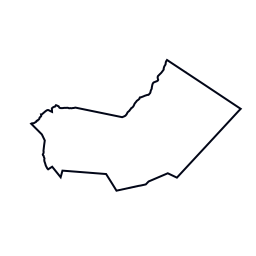 Canto do Buriti, Piauí, Brazil, rotated 214°
{"feature_id": "56859067B86089589706216", "entity_name": "Canto do Buriti", "entity_type": "district", "adm_level": 2, "iso_a3": "BRA", "parent_name": "Brazil", "parent_adm1": "Piauí", "projection": "mercator", "projection_center": [-43.146, -8.333], "detail": "fine", "context": "isolated", "style": "outline", "palette": "ink", "viewbox_px": 256, "rotation_deg": 214, "n_neighbors": 0, "source": "geoboundaries", "source_scale": "gbopen_adm2", "svg_char_len": 2143}
<svg xmlns="http://www.w3.org/2000/svg" viewBox="0 0 256 256"><g transform="rotate(214 128 128)"><path d="M49.4,180.6L45.8,204.0L45.3,206.9L91.8,206.6L133.7,206.2L133.7,205.1L133.6,204.4L133.4,203.6L132.7,202.2L132.4,201.6L132.4,200.0L132.3,199.4L132.2,198.7L131.6,197.1L131.1,196.4L131.1,195.6L131.3,192.3L131.7,190.4L132.2,187.7L131.8,186.6L131.4,186.2L130.8,185.5L129.9,184.8L129.8,184.0L130.3,182.8L130.8,182.2L131.2,181.6L131.7,180.8L132.2,180.1L132.3,179.5L132.3,178.8L132.1,177.8L131.8,177.0L131.5,176.3L130.8,174.6L130.4,174.0L130.2,173.2L130.1,172.0L129.3,169.9L129.2,169.2L129.4,168.1L129.4,167.5L129.6,166.9L130.3,166.4L130.9,165.7L131.5,164.9L132.2,164.0L132.8,163.0L134.4,160.7L135.2,160.1L135.2,159.5L134.9,158.7L135.2,157.3L135.9,155.4L135.9,154.3L136.0,153.5L136.1,152.5L136.1,151.6L135.8,150.2L135.7,149.3L135.7,148.4L136.0,147.1L136.4,146.3L136.4,144.9L136.5,144.2L136.5,143.0L136.7,142.3L136.9,141.6L137.1,140.8L137.0,140.0L136.8,138.2L137.0,137.4L137.0,136.7L137.4,136.1L137.8,135.3L138.5,134.3L138.9,133.7L183.0,115.5L183.6,114.9L184.2,114.2L184.8,113.8L185.3,113.3L185.8,112.8L186.8,112.3L187.9,111.4L189.2,111.1L189.9,110.6L190.7,110.0L192.2,109.0L193.0,108.2L193.8,107.6L195.2,106.7L196.1,106.5L196.9,106.8L197.8,107.2L198.8,106.9L199.7,106.9L200.5,106.6L200.5,104.9L200.9,104.5L201.4,103.8L201.8,103.0L202.0,102.2L202.1,101.7L200.0,98.9L201.7,98.6L203.9,98.4L204.6,98.0L205.1,97.4L205.3,96.9L205.7,96.0L207.1,91.0L207.7,90.6L207.3,90.2L206.7,89.5L206.7,88.5L207.0,87.8L207.1,87.1L206.7,86.3L206.7,85.3L207.1,84.4L207.1,83.5L207.8,82.9L207.6,81.8L208.1,80.8L208.5,79.8L209.1,79.0L209.7,78.6L210.4,78.0L210.7,77.4L195.8,74.5L190.0,71.1L188.1,67.2L185.2,61.6L184.6,61.1L184.1,60.1L183.9,59.4L183.9,58.5L183.2,57.9L182.5,57.8L181.4,56.8L180.7,56.4L180.2,56.0L179.9,55.2L179.5,54.6L178.5,53.5L177.5,52.8L176.0,51.6L175.2,50.9L173.2,49.8L172.2,49.3L171.1,49.1L169.2,53.5L156.3,49.5L158.5,56.0L154.8,58.1L132.4,70.8L130.8,71.7L120.4,77.6L109.8,72.9L102.5,69.6L86.9,85.9L85.2,87.5L81.7,91.2L81.0,95.2L69.7,112.7L59.7,114.2L53.9,151.4L51.0,170.2L50.5,173.5L49.4,180.6Z" fill="none" stroke="#020617" stroke-width="2"/></g></svg>